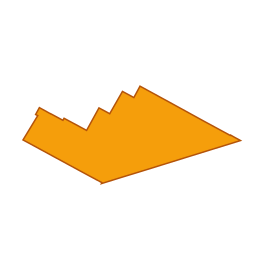 Puán, Buenos Aires, Argentina, rotated 253°
{"feature_id": "61730980B69414745646580", "entity_name": "Puán", "entity_type": "district", "adm_level": 2, "iso_a3": "ARG", "parent_name": "Argentina", "parent_adm1": "Buenos Aires", "projection": "orthographic", "projection_center": [-63.086, -38.101], "detail": "fine", "context": "isolated", "style": "filled", "palette": "amber", "viewbox_px": 256, "rotation_deg": 253, "n_neighbors": 0, "source": "geoboundaries", "source_scale": "gbopen_adm2", "svg_char_len": 638}
<svg xmlns="http://www.w3.org/2000/svg" viewBox="0 0 256 256"><g transform="rotate(253 128 128)"><path d="M155.7,106.1L137.8,87.7L156.0,69.7L154.4,68.0L164.2,58.3L164.1,58.2L173.4,49.2L167.9,43.6L166.2,45.3L147.3,24.1L101.2,69.4L93.1,77.4L88.4,82.1L87.9,82.5L86.9,83.6L83.3,87.1L82.6,86.4L82.7,107.0L82.7,118.3L82.7,127.8L82.8,149.7L82.8,150.3L82.9,174.5L83.0,200.1L83.1,231.9L83.9,231.2L84.6,230.5L87.2,227.9L89.4,225.8L91.3,224.0L91.0,223.6L97.4,217.3L103.7,211.1L111.3,203.6L118.5,196.6L137.0,178.6L164.5,151.7L161.7,148.9L155.4,142.5L164.6,133.4L147.0,114.7L155.7,106.1Z" fill="#f59e0b" stroke="#b45309" stroke-width="1.5"/></g></svg>